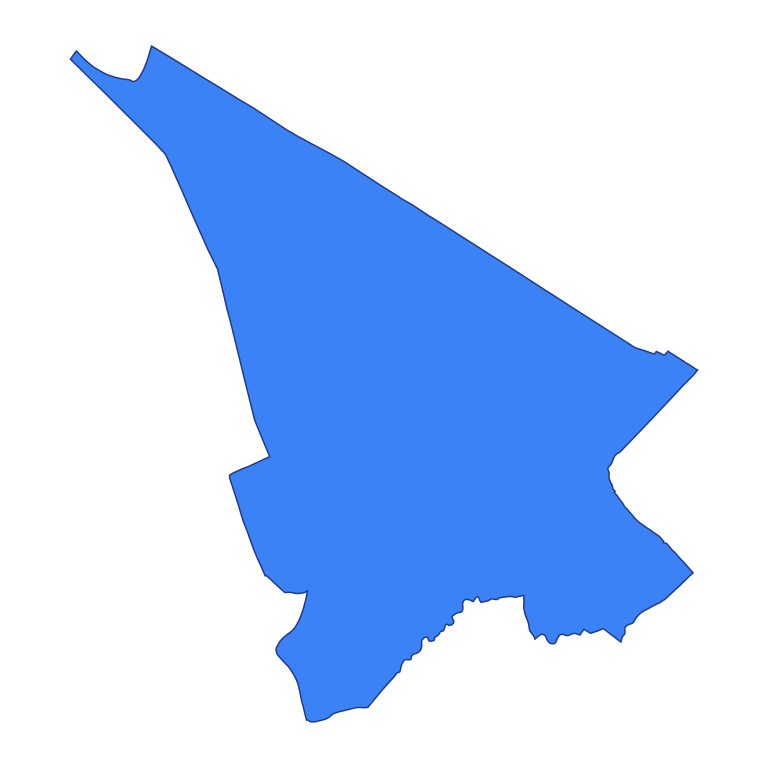 Thoi Binh, Cà Mau, Vietnam
{"feature_id": "81297802B72962934651760", "entity_name": "Thoi Binh", "entity_type": "district", "adm_level": 2, "iso_a3": "VNM", "parent_name": "Vietnam", "parent_adm1": "Cà Mau", "projection": "mercator", "projection_center": [105.181, 9.38], "detail": "fine", "context": "isolated", "style": "filled", "palette": "blue", "viewbox_px": 768, "rotation_deg": 0, "n_neighbors": 0, "source": "geoboundaries", "source_scale": "gbopen_adm2", "svg_char_len": 6093}
<svg xmlns="http://www.w3.org/2000/svg" viewBox="0 0 768 768"><path d="M70.4,59.2L107.3,95.4L125.3,113.4L131.0,119.0L155.2,143.3L164.7,153.4L165.8,155.1L170.6,165.2L180.6,187.6L190.4,210.2L200.6,233.2L208.7,251.2L215.2,264.2L217.3,268.7L217.7,269.7L219.9,278.7L223.4,293.3L226.7,307.9L230.7,322.5L244.8,380.5L247.4,390.8L254.7,420.2L260.6,434.7L266.6,449.2L269.7,456.6L248.0,466.7L241.8,469.0L232.5,473.3L230.0,474.7L229.6,475.5L229.5,476.8L229.8,478.6L232.0,485.1L237.8,503.2L243.2,521.1L247.5,532.1L253.4,548.7L257.2,557.9L261.0,566.2L265.2,575.9L266.2,575.5L270.1,578.9L277.7,586.1L282.3,590.3L284.3,592.1L284.8,592.4L285.5,592.5L286.3,592.5L288.1,592.3L290.0,592.3L292.6,592.8L296.6,593.6L299.9,593.4L304.5,592.6L306.5,591.5L307.4,590.9L306.1,598.3L303.7,607.6L301.8,613.4L299.7,618.9L297.1,624.0L294.6,628.0L291.4,631.4L287.8,634.1L284.6,636.6L281.6,639.4L279.4,642.2L276.6,647.2L276.2,648.6L276.1,649.8L276.2,651.0L276.5,652.2L277.0,653.9L278.9,656.5L284.4,662.5L288.3,666.5L290.1,668.9L291.5,671.1L294.5,675.9L296.4,679.8L297.7,683.2L298.5,685.9L299.9,692.1L301.5,700.3L303.6,708.2L305.2,715.1L306.6,720.1L307.4,719.8L309.7,721.4L310.5,721.8L312.7,721.9L315.5,721.7L318.7,720.9L322.6,720.0L325.6,719.1L328.8,717.4L332.6,714.2L334.9,713.1L339.4,711.7L348.9,709.4L355.3,707.8L359.0,707.4L364.4,707.7L367.3,707.4L367.8,707.4L382.1,690.1L395.2,675.5L396.1,674.0L396.8,673.1L397.6,672.7L398.9,672.3L399.7,671.9L400.3,670.6L400.8,667.7L401.6,664.8L403.9,660.5L405.2,659.6L406.6,659.6L409.1,659.8L410.4,659.7L411.0,659.0L411.3,656.9L412.3,655.0L413.5,654.2L416.5,653.3L418.4,652.4L420.3,650.4L421.1,648.9L421.5,647.3L421.7,644.3L421.5,642.1L421.9,640.1L423.8,638.1L425.7,637.0L426.7,637.0L427.4,637.6L428.4,639.3L428.9,640.7L429.6,641.1L431.4,641.2L433.8,640.5L434.5,639.7L434.3,638.0L435.1,637.1L437.5,635.7L438.8,634.4L440.2,632.0L441.4,631.1L442.5,631.1L443.3,630.8L444.0,629.9L445.5,624.9L446.3,624.2L447.0,624.2L448.5,625.2L449.5,625.4L451.4,624.9L453.3,623.4L453.8,622.2L453.6,620.6L452.5,618.5L452.0,617.3L452.4,616.1L454.3,614.6L456.6,613.2L458.9,612.6L461.0,612.1L461.9,611.6L462.6,610.1L462.9,608.2L462.6,604.0L463.0,602.2L464.2,600.2L465.7,599.4L467.0,599.4L469.4,599.8L472.9,601.5L473.4,601.4L474.4,599.9L475.8,598.0L476.5,597.2L477.1,596.8L477.8,596.8L478.3,597.1L478.9,598.0L480.2,601.4L481.0,602.3L484.3,601.7L488.1,600.8L491.1,599.0L492.0,598.8L495.4,599.5L497.0,599.5L498.4,598.8L499.9,597.7L502.4,597.3L509.4,596.5L511.6,596.5L513.1,596.8L514.3,597.1L515.3,597.2L516.6,597.1L518.8,596.3L520.3,596.3L523.4,595.3L523.9,595.6L523.9,596.5L523.8,597.7L524.0,600.0L524.0,601.2L523.8,604.5L523.7,607.7L525.3,615.0L528.0,621.6L528.8,625.0L529.4,629.3L530.1,631.3L531.4,632.9L533.2,635.3L534.4,637.3L534.9,639.1L538.6,636.0L540.1,634.9L541.4,634.3L542.5,634.3L543.7,634.7L544.9,635.5L546.0,637.1L547.0,639.7L548.3,641.6L549.7,643.1L550.8,643.5L552.8,643.8L554.0,643.7L554.9,643.0L555.8,642.2L556.5,640.6L557.2,638.9L558.0,637.3L559.5,635.3L560.5,634.6L562.1,634.3L563.3,634.5L564.7,635.0L565.9,635.4L566.9,635.6L568.2,635.5L569.6,635.0L571.8,633.9L573.3,633.5L574.6,633.4L576.0,633.6L579.9,635.0L583.9,629.3L585.7,630.4L590.5,633.3L599.4,630.3L603.3,628.6L620.8,642.0L621.0,641.7L621.1,641.4L621.3,640.9L621.5,640.0L621.6,639.3L621.8,638.5L622.0,637.9L622.2,637.3L622.6,636.5L623.0,636.0L623.6,635.3L624.4,634.4L624.7,633.8L624.9,633.2L625.0,632.5L625.0,631.7L624.8,629.6L624.8,628.9L624.9,628.0L625.1,627.5L625.5,626.9L626.0,626.3L626.6,625.8L627.3,625.3L627.9,624.9L628.6,624.6L629.9,624.2L632.2,623.3L633.1,622.7L633.9,621.8L634.3,621.1L634.8,620.0L635.9,618.1L636.4,617.5L637.2,616.6L638.4,615.2L639.2,614.4L640.3,613.3L641.0,612.8L641.8,612.2L642.4,611.8L644.2,610.8L645.7,609.9L646.4,609.5L647.6,608.9L648.6,608.5L649.5,607.9L652.0,606.5L655.0,605.0L657.1,603.8L658.6,603.3L659.3,602.9L660.2,602.4L660.8,602.0L661.8,601.2L662.8,600.5L663.6,600.1L664.3,599.8L665.0,599.3L666.3,598.1L667.3,597.1L668.1,596.5L668.9,595.6L674.0,590.9L675.8,589.3L679.1,586.1L680.3,585.0L681.5,583.8L682.6,582.8L683.9,581.5L687.5,578.1L688.6,576.9L689.7,575.8L691.1,574.7L692.1,573.8L693.1,572.8L689.8,569.1L685.3,564.0L680.7,559.1L678.5,556.6L674.4,552.0L673.0,551.0L671.9,549.6L669.6,547.0L667.1,544.0L666.7,543.5L664.8,543.2L664.0,543.1L663.7,543.0L663.6,542.8L663.5,542.5L663.5,542.2L663.8,541.6L663.6,541.3L659.2,536.3L657.3,534.9L653.5,532.4L652.1,531.3L646.2,527.4L642.9,525.0L639.0,522.3L635.7,519.2L633.5,516.6L628.4,510.6L627.2,509.3L626.9,508.9L626.9,508.7L626.6,508.6L626.2,508.3L625.5,507.7L624.4,506.3L624.0,505.6L623.5,504.5L622.8,503.5L622.1,502.5L620.8,500.8L617.9,496.9L617.0,495.5L616.2,494.5L615.5,494.1L614.9,493.6L614.7,493.4L614.6,493.1L614.7,492.8L614.8,492.6L615.0,492.3L615.1,491.9L615.1,491.7L615.0,491.2L614.8,490.9L614.3,490.3L613.3,489.5L613.1,489.2L611.7,484.0L611.2,483.2L610.8,482.8L610.5,482.0L609.7,480.4L609.1,477.7L609.0,475.8L609.2,472.9L608.9,471.6L608.1,470.2L607.9,468.9L608.0,468.3L608.4,467.3L610.5,464.9L611.7,463.1L612.9,459.9L613.5,458.2L615.0,455.6L617.3,453.4L619.0,452.8L620.4,451.6L633.3,438.2L646.0,425.0L671.1,398.4L683.3,385.3L693.7,374.8L697.1,370.5L697.6,370.0L694.9,368.6L694.2,368.0L692.3,366.8L688.8,364.5L686.1,362.9L685.4,362.5L684.3,361.7L683.4,361.1L680.4,359.2L671.2,353.4L667.9,351.2L666.8,352.6L665.9,353.4L665.2,354.3L664.2,355.3L660.4,353.3L656.3,351.5L654.7,353.6L654.3,353.9L653.8,353.8L651.4,353.1L646.4,351.3L639.8,349.2L636.2,348.0L633.9,347.0L629.8,344.3L599.8,325.1L584.7,315.5L569.7,305.9L568.8,305.3L556.9,297.6L554.6,296.1L543.1,288.8L529.1,279.7L514.9,270.5L499.3,260.6L440.6,223.1L427.7,215.1L412.5,204.9L401.2,198.6L400.0,197.6L379.1,184.4L344.3,161.7L330.1,153.6L327.0,152.0L326.6,151.8L306.4,141.0L296.5,135.6L286.5,129.7L252.3,107.3L239.4,99.7L216.0,85.3L203.2,77.6L195.8,73.0L191.2,70.2L180.1,63.3L158.0,49.9L151.5,46.1L147.2,60.7L143.3,70.3L139.0,77.7L138.5,78.4L137.1,79.7L136.2,80.6L134.1,81.4L133.1,81.5L132.0,81.2L130.9,80.6L129.8,80.0L127.4,79.5L123.1,79.1L115.6,77.5L107.6,74.8L104.1,73.2L95.0,68.0L91.0,65.0L84.5,59.4L76.4,51.0L75.3,52.3L70.4,59.2Z" fill="#3b82f6" stroke="#1e3a8a" stroke-width="1.5"/></svg>